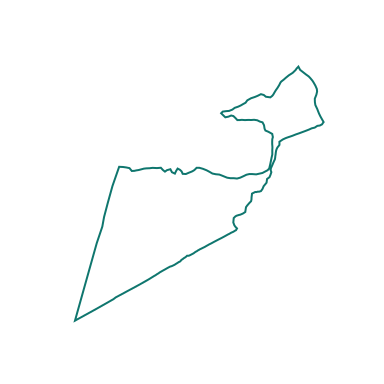 outline of Kuria East, Nyanza, Kenya, rotated 73°
{"feature_id": "3690345B78515474379979", "entity_name": "Kuria East", "entity_type": "district", "adm_level": 2, "iso_a3": "KEN", "parent_name": "Kenya", "parent_adm1": "Nyanza", "projection": "robinson", "projection_center": [34.625, -1.241], "detail": "fine", "context": "isolated", "style": "outline", "palette": "teal", "viewbox_px": 384, "rotation_deg": 73, "n_neighbors": 0, "source": "geoboundaries", "source_scale": "gbopen_adm2", "svg_char_len": 3680}
<svg xmlns="http://www.w3.org/2000/svg" viewBox="0 0 384 384"><g transform="rotate(73 192 192)"><path d="M185.0,103.2L183.8,102.6L183.2,102.3L182.4,102.0L180.6,101.1L178.5,100.2L177.1,99.5L175.8,98.6L174.4,97.3L173.4,95.8L172.5,94.6L171.2,94.2L169.5,93.7L168.3,89.8L167.9,87.0L167.8,85.8L167.7,83.4L167.7,82.3L167.6,79.5L167.3,76.0L167.2,72.8L166.8,65.9L166.5,61.9L166.1,58.9L166.3,55.8L165.4,52.8L165.8,50.3L165.3,47.8L164.5,46.9L163.6,45.7L160.5,46.4L157.3,47.1L154.1,47.6L151.6,47.8L150.5,47.9L149.7,47.9L147.7,48.2L144.9,48.6L142.0,48.2L138.7,47.3L135.3,44.6L132.5,43.0L130.0,42.5L126.4,42.9L122.8,43.7L120.7,44.3L117.6,45.6L115.6,46.6L112.7,48.8L112.1,49.2L109.4,51.1L106.8,52.9L103.2,53.6L103.8,54.6L104.5,55.9L105.6,57.2L107.5,60.9L108.7,65.2L110.2,68.9L111.4,71.5L111.7,72.3L112.5,74.4L113.2,75.4L114.9,77.0L115.5,77.6L117.6,80.0L119.2,82.1L121.0,84.1L122.6,85.8L123.5,87.1L124.4,89.4L122.5,93.5L120.2,95.0L118.6,97.5L119.2,101.0L119.5,104.1L119.6,108.1L120.5,112.3L122.3,114.7L122.9,117.6L123.5,120.1L123.9,123.0L124.0,126.5L125.0,129.3L125.3,132.8L124.6,136.0L124.1,139.1L125.2,141.1L127.8,139.7L130.3,138.3L130.6,135.1L130.3,132.2L131.5,130.2L134.2,128.7L136.5,127.6L137.2,125.2L137.4,124.0L137.7,122.9L138.7,120.4L139.5,117.2L140.5,114.2L141.1,111.5L142.5,108.6L144.5,106.5L146.0,104.2L149.2,103.6L152.7,104.1L154.7,103.8L156.7,101.4L159.9,98.3L160.7,98.4L161.9,98.5L163.1,98.6L165.0,99.8L167.3,100.6L169.6,101.3L171.4,101.7L172.7,102.0L173.3,102.2L175.5,103.0L177.5,103.6L178.1,103.8L179.2,104.1L179.7,104.3L182.5,105.9L188.2,109.0L192.1,111.3L193.3,113.4L194.4,119.1L193.9,125.5L192.6,128.8L191.6,131.9L191.4,134.9L191.9,138.0L192.4,141.7L192.3,145.0L191.1,147.8L190.1,151.1L188.6,154.2L186.4,156.9L184.7,159.0L183.3,160.8L182.0,164.0L180.3,167.1L178.0,169.2L175.5,171.7L173.0,174.8L171.0,177.9L170.2,180.5L171.5,182.9L171.8,183.6L172.3,185.6L172.5,187.4L172.6,188.9L172.7,189.9L173.0,192.6L171.9,195.6L169.3,195.9L167.3,197.0L165.4,198.9L167.2,201.0L169.4,203.0L167.2,205.4L163.9,206.0L163.8,209.6L164.6,211.9L162.6,213.3L159.7,214.7L158.9,218.5L157.4,222.6L156.8,225.9L156.1,228.5L155.6,231.1L155.5,233.8L155.4,236.3L155.3,237.3L155.1,238.5L154.9,241.0L154.3,243.4L150.9,244.8L149.3,247.7L147.9,250.7L146.6,254.3L163.0,266.3L177.6,275.6L190.2,283.4L198.9,287.9L213.0,298.0L229.5,308.6L254.9,324.9L280.8,341.5L275.9,318.1L271.5,298.4L270.5,295.8L265.4,270.3L262.9,259.0L261.2,252.6L261.0,251.5L260.8,250.8L260.5,249.9L260.2,248.9L260.0,247.8L259.5,246.6L259.1,244.8L258.7,243.1L258.2,240.7L257.7,238.5L257.4,237.1L256.9,234.5L257.0,233.5L256.9,232.5L256.7,231.2L256.5,229.9L256.1,228.6L255.8,227.4L255.5,226.3L255.1,225.1L255.1,224.2L254.7,223.2L253.8,221.9L253.5,220.6L253.0,219.5L252.7,218.4L252.5,217.5L252.1,216.5L251.5,215.3L252.0,213.8L251.9,212.6L251.1,208.4L250.8,207.6L250.5,206.8L250.2,205.8L250.1,205.0L249.9,204.3L249.5,203.1L249.4,202.3L249.1,201.3L249.0,200.4L248.6,198.0L248.4,196.7L248.1,195.1L247.8,194.0L247.5,192.5L247.1,190.8L246.9,189.4L246.7,188.3L246.1,185.4L245.2,180.6L244.6,177.1L243.9,173.6L243.1,169.9L242.9,168.5L242.7,167.7L242.4,166.5L242.1,164.0L241.6,162.3L241.4,161.1L240.0,159.6L238.3,160.5L236.4,161.2L233.2,161.4L229.1,159.7L228.0,157.6L227.7,156.3L227.7,154.7L227.7,153.7L227.8,152.5L227.5,149.7L226.7,146.9L224.8,146.0L222.3,144.8L221.0,143.1L219.3,140.4L218.1,138.2L216.5,137.3L214.5,136.6L212.3,135.6L211.1,135.1L210.9,134.1L210.5,131.6L210.9,130.3L210.9,129.0L211.3,127.8L211.3,125.8L209.7,123.7L207.4,121.8L204.9,118.0L201.5,116.4L200.5,113.6L198.5,111.9L196.2,110.3L194.1,110.4L193.2,110.0L192.2,109.5L191.1,108.5L189.6,107.2L187.9,105.8L186.4,104.5L185.0,103.2Z" fill="none" stroke="#0f766e" stroke-width="2"/></g></svg>